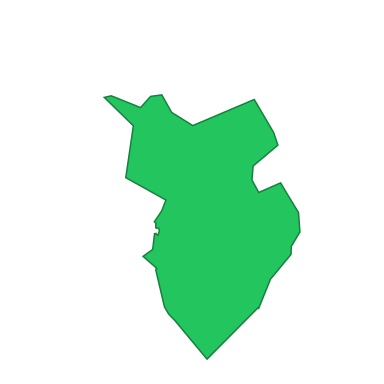 Sinkat, Red Sea, Sudan (orthographic projection), rotated 44°
{"feature_id": "16777658B46905215541980", "entity_name": "Sinkat", "entity_type": "district", "adm_level": 2, "iso_a3": "SDN", "parent_name": "Sudan", "parent_adm1": "Red Sea", "projection": "orthographic", "projection_center": [36.565, 18.905], "detail": "fine", "context": "isolated", "style": "filled", "palette": "green", "viewbox_px": 384, "rotation_deg": 44, "n_neighbors": 0, "source": "geoboundaries", "source_scale": "gbopen_adm2", "svg_char_len": 796}
<svg xmlns="http://www.w3.org/2000/svg" viewBox="0 0 384 384"><g transform="rotate(44 192 192)"><path d="M63.2,184.9L103.8,185.1L134.4,227.7L178.8,215.9L183.3,226.6L185.6,239.6L187.8,239.6L190.5,242.7L191.4,242.9L192.5,241.6L193.2,241.3L195.0,242.1L195.7,243.1L197.5,246.7L196.0,247.3L194.9,246.8L194.0,248.0L199.1,254.7L203.6,260.6L201.5,272.3L219.7,271.4L219.9,273.1L246.4,290.2L252.1,293.8L259.9,296.0L268.4,296.3L318.9,301.8L319.9,229.4L320.8,229.4L309.0,200.2L306.6,168.1L301.3,162.3L300.9,160.8L297.4,145.8L282.9,132.8L261.2,127.1L249.4,123.9L240.3,146.0L226.8,141.7L217.9,130.8L219.5,115.6L221.2,98.6L209.4,92.5L172.5,82.2L146.4,143.7L122.1,148.9L102.8,143.1L95.8,152.0L96.3,165.9L96.3,167.1L70.0,177.7L67.0,179.0L63.2,184.9Z" fill="#22c55e" stroke="#15803d" stroke-width="1.5"/></g></svg>